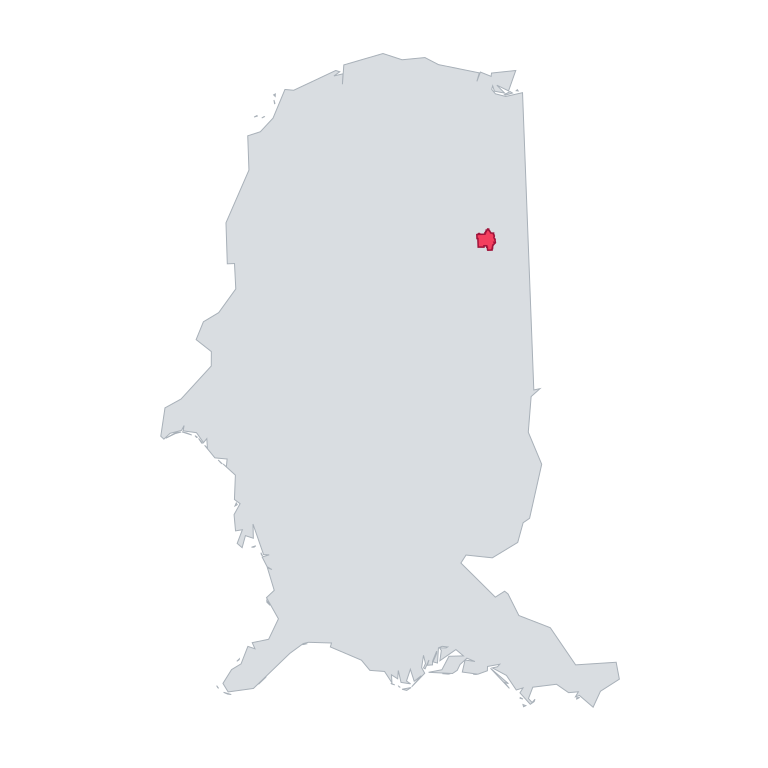 Fergus, Montana, United States of America (highlighted), rotated 88°
{"feature_id": "52423323B78350254169846", "entity_name": "Fergus", "entity_type": "district", "adm_level": 2, "iso_a3": "USA", "parent_name": "United States of America", "parent_adm1": "Montana", "projection": "albers", "projection_center": [-109.214, 47.248], "detail": "fine", "context": "in_parent", "style": "filled", "palette": "rose", "viewbox_px": 768, "rotation_deg": 88, "n_neighbors": 0, "source": "geoboundaries", "source_scale": "gbopen_adm2", "svg_char_len": 5223}
<svg xmlns="http://www.w3.org/2000/svg" viewBox="0 0 768 768"><g transform="rotate(88 384 384)"><path d="M633.4,226.3L671.4,202.3L670.2,161.7L687.2,159.1L698.6,178.4L714.3,186.3L702.1,199.5L703.3,203.6L698.4,200.5L698.9,210.3L690.1,222.1L692.2,245.9L703.4,250.6L707.5,247.1L704.3,244.1L706.7,245.1L709.2,249.0L697.4,258.9L692.6,255.7L694.4,262.5L679.5,271.8L671.5,285.6L670.6,280.5L668.1,278.1L669.9,290.4L674.2,290.7L677.3,300.3L674.6,315.8L662.7,312.6L664.5,302.8L660.9,310.7L667.0,317.8L672.7,320.8L675.7,325.7L673.7,349.5L671.6,336.1L658.4,328.6L658.5,314.1L651.9,321.4L662.5,337.8L652.3,336.0L649.7,337.7L649.9,331.1L649.0,329.5L648.2,335.0L649.6,338.8L664.7,340.3L663.4,344.7L655.3,340.9L652.8,340.7L662.8,345.2L666.4,345.3L666.6,350.5L661.4,348.7L670.1,352.9L669.1,354.4L664.8,352.3L656.5,354.0L668.7,356.3L674.5,353.4L687.6,366.9L676.8,356.9L682.1,364.2L670.0,367.6L681.6,371.9L684.6,367.9L682.8,377.4L670.8,379.7L679.1,380.6L674.9,386.7L682.8,386.5L671.3,393.5L669.7,408.1L659.2,416.2L644.9,446.8L641.0,445.5L639.5,468.6L640.6,473.8L649.9,487.5L683.7,525.1L686.3,550.5L677.6,555.4L664.1,546.3L658.7,536.6L641.5,529.2L644.1,522.2L637.9,524.7L635.1,508.2L615.0,497.7L593.4,508.9L586.4,500.9L563.7,506.9L565.5,502.5L562.5,507.2L552.7,511.8L550.7,504.7L550.3,510.3L519.4,519.8L533.6,520.0L530.7,527.8L542.6,531.5L538.2,536.3L524.7,530.6L525.6,537.5L509.3,538.4L498.6,532.0L494.2,537.5L469.9,535.7L458.3,547.6L461.2,544.4L453.5,543.4L451.9,555.6L439.0,565.4L441.9,562.7L432.4,563.0L436.3,566.4L426.1,573.1L423.8,586.4L418.5,585.2L423.3,588.0L425.8,599.5L431.4,605.9L428.4,608.9L400.2,603.7L391.9,587.3L360.0,556.0L345.6,555.4L333.1,570.2L315.5,562.3L306.9,546.7L283.8,528.8L258.4,529.2L258.4,536.4L217.4,536.3L165.5,511.5L131.2,511.5L127.6,498.8L114.4,485.6L86.2,472.7L87.3,464.0L69.0,421.3L70.4,417.3L74.4,423.3L72.6,414.2L83.0,415.1L63.7,413.0L53.7,373.5L60.6,354.6L59.2,331.7L66.7,318.5L76.4,277.9L84.8,280.6L75.6,276.8L80.3,266.2L77.0,265.7L75.3,241.4L95.4,249.3L89.3,260.8L97.5,253.3L95.2,263.4L89.8,265.0L93.3,266.1L97.9,262.5L100.9,252.3L97.7,235.4L395.2,234.5L394.1,228.3L401.7,237.4L437.2,241.5L469.7,229.2L523.3,243.2L527.5,249.8L547.0,255.9L561.5,281.8L557.8,308.0L565.6,313.4L600.9,280.2L595.3,270.7L598.1,267.4L620.1,257.3L633.4,226.3ZM686.4,273.9L692.6,269.3L671.8,287.5L687.8,270.1L686.4,273.9ZM97.7,245.5L99.5,252.5L99.1,253.5L96.1,247.9L97.7,245.5ZM430.6,604.0L425.5,594.2L424.9,588.4L426.3,594.4L430.6,604.0ZM704.1,199.4L705.6,202.4L704.3,202.4L704.1,199.4ZM499.5,534.9L500.7,537.2L497.7,535.8L499.5,534.9ZM96.3,484.1L99.8,483.2L100.0,483.6L96.3,484.1ZM92.8,482.7L91.2,484.2L90.3,482.5L92.8,482.7ZM703.7,256.1L702.8,259.0L702.1,258.8L703.7,256.1ZM426.1,582.7L424.8,587.6L428.3,577.9L426.1,582.7ZM673.1,512.5L679.7,519.9L672.2,511.9L673.1,512.5ZM112.7,494.2L113.9,496.9L112.5,494.4L112.7,494.2ZM688.4,551.2L686.5,555.1L689.0,547.5L688.4,551.2ZM691.0,372.0L689.7,376.6L688.3,367.5L691.0,372.0ZM95.8,239.7L95.5,241.6L94.5,240.5L95.8,239.7ZM436.7,568.3L431.9,571.2L436.7,567.5L436.7,568.3ZM710.4,253.5L711.4,255.8L709.2,256.3L710.4,253.5ZM111.8,501.3L112.7,504.5L111.3,501.6L111.8,501.3ZM430.9,573.2L429.0,574.7L430.6,572.5L430.9,573.2ZM676.2,329.9L675.5,335.8L675.9,327.9L676.2,329.9ZM457.1,549.9L454.1,552.4L458.3,548.3L457.1,549.9ZM641.0,470.8L641.7,474.6L640.5,472.2L641.0,470.8ZM684.1,386.6L683.4,387.7L685.1,383.7L684.1,386.6ZM601.3,505.5L598.1,508.6L596.4,508.7L601.3,505.5ZM551.1,511.6L550.6,512.4L548.3,512.9L551.1,511.6ZM654.5,538.4L656.0,540.8L653.7,538.2L654.5,538.4ZM542.5,519.5L542.5,522.1L541.2,517.8L542.5,519.5ZM681.7,560.7L679.6,561.8L682.4,559.9L681.7,560.7ZM677.5,302.2L677.2,305.0L677.3,301.0L677.5,302.2ZM687.8,378.3L687.0,379.7L686.7,379.8L687.8,378.3Z" fill="#d9dde1" stroke="#a8b0b8" stroke-width="1"/><path d="M253.9,271.3L253.7,271.3L253.7,271.6L253.4,271.3L253.2,271.4L253.1,271.2L252.9,271.1L252.8,271.3L252.6,271.2L252.5,270.8L252.3,270.8L252.1,271.1L251.7,271.0L251.8,270.9L251.6,270.7L251.4,270.8L251.0,270.9L250.6,270.6L250.4,270.7L249.9,270.7L249.7,270.5L249.3,270.2L249.0,270.3L248.8,270.3L248.6,270.0L248.7,269.7L248.2,269.2L247.5,268.8L247.2,268.8L246.9,268.9L247.2,268.5L246.9,268.2L246.9,267.9L246.7,267.9L246.5,267.7L246.3,267.7L245.9,267.9L245.5,267.8L244.8,268.1L244.5,268.1L244.2,267.9L243.7,267.9L243.2,267.9L243.2,268.2L242.9,268.3L242.8,268.5L242.4,268.6L241.6,269.1L241.4,269.0L241.1,269.0L240.9,268.9L240.6,268.7L240.3,268.8L239.9,268.6L239.6,268.9L239.3,268.8L238.8,268.8L238.3,269.4L237.9,269.3L237.0,269.2L237.0,269.5L237.0,270.2L237.0,270.6L236.9,271.0L236.9,271.4L236.8,271.6L236.8,272.0L236.6,272.3L236.1,272.3L235.4,272.8L235.1,273.1L234.8,273.0L234.3,273.4L234.3,273.5L233.5,273.8L233.4,274.1L232.8,274.0L232.7,275.0L233.7,275.0L233.7,276.4L235.1,276.4L235.1,277.1L236.5,277.2L236.5,277.9L237.8,277.9L237.8,282.7L237.6,282.7L237.6,282.9L237.4,282.9L237.3,283.1L237.3,283.7L236.9,283.7L236.9,284.1L237.0,284.2L237.3,284.2L237.4,284.3L237.4,284.6L237.8,284.6L237.8,285.2L237.9,286.0L241.9,286.0L241.9,285.1L246.2,285.1L250.5,285.1L250.5,283.6L250.7,279.3L249.3,279.3L249.3,277.9L249.5,277.9L249.4,276.5L250.9,276.5L250.9,275.9L252.3,275.9L253.7,275.8L253.9,275.7L253.9,272.2L253.9,271.3Z" fill="#f43f5e" stroke="#9f1239" stroke-width="1.5"/></g></svg>